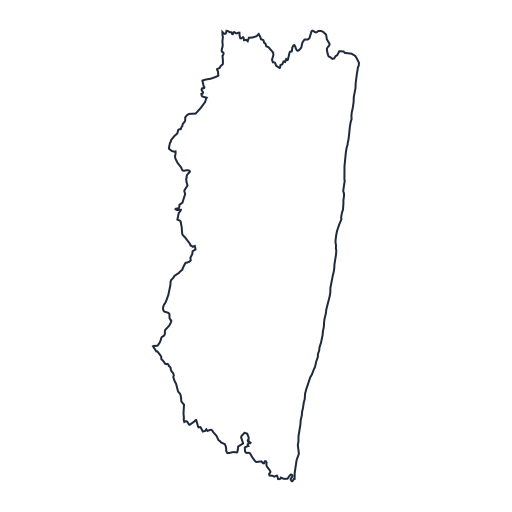 outline of Farafangana, Atsimo-Atsinanana, Madagascar
{"feature_id": "10022922B75046296685916", "entity_name": "Farafangana", "entity_type": "district", "adm_level": 2, "iso_a3": "MDG", "parent_name": "Madagascar", "parent_adm1": "Atsimo-Atsinanana", "projection": "equal_earth", "projection_center": [47.638, -22.832], "detail": "fine", "context": "isolated", "style": "outline", "palette": "slate", "viewbox_px": 512, "rotation_deg": 0, "n_neighbors": 0, "source": "geoboundaries", "source_scale": "gbopen_adm2", "svg_char_len": 5954}
<svg xmlns="http://www.w3.org/2000/svg" viewBox="0 0 512 512"><path d="M222.4,32.0L222.5,35.4L222.9,36.9L222.4,41.2L222.7,45.1L222.5,47.0L221.9,48.7L221.7,50.9L221.8,51.6L223.2,52.5L223.6,53.1L223.3,54.8L222.5,55.7L222.9,60.4L222.9,63.5L222.7,64.3L220.6,66.1L219.6,68.0L217.2,69.0L217.0,69.4L218.1,71.9L218.1,74.0L218.4,75.6L216.1,76.8L210.8,78.7L206.0,79.5L202.7,80.4L202.4,80.7L203.8,86.6L204.4,87.3L204.2,88.0L203.4,88.4L202.3,88.2L201.9,88.5L201.6,89.3L201.7,90.3L203.0,92.2L202.6,93.6L201.4,93.9L201.5,94.8L201.8,95.8L202.3,96.5L206.7,97.7L206.0,98.7L205.2,101.9L200.7,108.0L195.6,113.6L189.1,113.9L187.1,115.1L186.3,116.0L185.2,117.4L185.2,120.4L184.9,121.4L182.7,124.1L182.3,126.0L181.5,127.0L181.0,128.6L180.7,129.2L179.4,129.2L178.2,130.0L177.3,133.5L174.4,136.0L171.4,139.7L170.9,140.6L170.9,141.4L169.9,143.2L168.9,148.1L169.1,148.9L172.0,151.1L174.5,151.7L175.5,151.4L175.6,153.4L175.0,156.3L175.4,158.6L177.5,162.8L181.2,167.5L182.0,169.7L182.8,170.5L183.8,170.8L186.9,170.2L189.0,170.5L189.6,170.9L189.9,171.8L188.2,173.5L187.0,175.1L186.6,176.3L186.7,177.8L186.2,178.6L186.2,179.5L186.5,181.9L187.5,185.5L184.8,189.7L184.3,190.8L184.6,192.3L185.2,193.9L182.4,202.7L179.4,204.8L179.4,206.4L178.8,208.2L175.7,208.8L175.5,209.2L176.8,210.0L180.8,209.8L180.7,210.5L178.7,213.1L177.4,219.6L180.1,220.8L180.6,221.5L181.7,227.3L182.2,233.7L182.6,234.9L184.8,237.1L189.8,243.6L190.7,245.7L191.5,245.7L192.7,246.8L194.8,246.0L195.5,249.5L192.6,251.2L192.3,254.0L190.4,257.7L190.7,260.5L189.1,261.9L188.3,262.0L187.6,262.5L185.9,262.7L185.2,263.3L183.0,267.6L182.4,269.6L179.7,271.9L179.2,272.7L174.7,275.7L174.0,276.4L173.6,277.5L171.5,279.6L170.6,281.4L170.4,285.0L168.4,294.7L166.5,300.1L165.4,302.7L164.1,304.5L163.6,305.8L163.1,307.3L163.0,308.9L163.7,311.0L164.4,311.6L168.2,312.8L169.2,313.7L169.5,314.6L169.5,318.1L170.6,320.1L171.2,320.3L171.3,321.3L170.2,323.9L169.1,325.8L165.3,329.8L164.9,331.1L164.9,333.5L164.5,334.9L164.0,335.7L161.7,337.1L161.1,338.5L160.7,340.3L159.4,343.1L157.7,345.5L156.6,345.9L153.7,345.9L153.0,346.3L156.3,351.4L157.2,351.4L157.6,351.7L160.7,355.8L161.2,356.8L161.4,359.2L163.2,360.9L165.2,363.8L166.4,364.2L167.4,363.9L168.3,364.4L169.0,366.2L169.6,366.5L170.5,367.6L170.9,369.9L171.7,371.5L173.2,373.3L173.8,375.2L173.3,377.1L174.5,380.8L176.1,383.9L177.9,390.9L178.3,391.8L180.0,393.7L180.7,395.5L181.0,397.4L181.3,401.2L182.4,402.9L184.0,404.6L183.5,413.5L183.9,417.8L183.7,419.7L184.3,422.0L185.8,421.2L187.2,421.6L188.9,424.4L189.7,424.8L194.6,421.3L195.6,420.1L196.2,420.0L198.1,426.7L198.6,427.4L200.1,427.0L200.6,427.3L202.8,431.5L205.0,431.0L206.3,429.3L207.4,430.9L210.6,429.8L211.4,429.9L212.4,430.8L213.2,432.1L216.6,436.0L218.4,440.0L220.5,441.6L220.8,442.3L224.9,444.2L225.9,446.9L226.2,449.3L226.1,450.7L227.4,453.1L229.3,453.0L232.5,452.2L234.8,452.1L236.5,452.5L237.2,452.2L237.7,450.4L238.2,446.5L243.0,443.5L243.0,443.0L241.1,437.4L241.5,436.0L244.5,432.8L247.2,433.7L248.6,437.3L248.7,438.3L248.6,439.2L248.1,439.7L247.7,440.4L247.9,441.0L248.4,440.5L249.4,441.9L250.5,442.8L250.0,443.3L248.9,443.0L247.8,444.2L247.7,444.9L248.4,446.0L245.2,447.1L244.8,447.7L245.0,450.9L245.3,451.9L245.8,452.6L246.6,452.9L248.8,452.8L250.1,453.4L251.8,456.6L254.8,460.8L256.2,462.0L261.4,461.4L262.6,462.9L263.7,463.4L264.1,463.3L264.5,461.7L265.0,461.2L265.8,461.2L266.6,462.6L266.4,464.3L266.7,466.3L269.6,470.1L270.4,471.5L270.4,472.0L269.9,472.9L269.1,473.9L269.5,475.5L272.6,475.8L274.1,476.6L276.9,475.6L277.4,476.3L278.0,479.0L278.5,479.2L280.5,478.7L280.9,477.6L284.1,478.9L287.5,478.7L290.0,475.2L290.9,474.5L291.7,474.7L292.3,475.3L292.4,476.1L292.0,477.1L290.7,478.9L290.7,479.7L291.6,481.0L292.1,481.3L292.6,481.0L293.9,479.0L294.6,478.9L294.7,472.8L296.6,460.1L298.9,453.7L297.8,445.0L298.4,441.9L298.5,436.1L300.4,424.6L300.7,420.2L301.8,415.3L302.2,411.0L302.9,408.5L303.8,402.3L304.7,399.3L305.1,393.6L306.3,389.1L310.3,377.2L311.8,374.7L314.0,369.0L315.0,367.1L316.3,361.2L317.8,357.2L318.0,353.8L319.2,350.5L319.5,347.3L321.0,342.7L322.6,335.1L322.9,331.5L323.9,326.4L324.0,323.3L324.5,318.9L325.9,313.2L326.3,309.5L329.6,296.6L330.3,292.7L330.4,287.9L332.7,276.0L333.8,271.4L334.3,268.0L334.4,264.7L335.9,255.3L336.2,252.2L336.3,250.6L335.9,248.6L336.0,245.1L335.6,243.2L335.5,240.6L336.2,235.1L337.0,231.1L339.2,224.5L341.3,219.6L341.4,218.8L341.1,217.6L341.8,213.4L343.0,209.4L343.4,203.7L343.4,200.4L344.0,195.8L344.0,193.3L343.3,191.6L343.3,190.2L344.7,180.9L344.4,179.4L344.5,166.1L345.9,152.1L346.6,147.9L347.7,144.2L347.7,142.9L348.4,139.9L349.0,135.5L349.8,127.3L350.6,122.3L351.6,119.0L351.4,116.0L351.7,112.7L352.8,107.7L353.6,102.2L353.8,96.9L355.5,88.2L355.7,82.8L356.8,74.4L358.0,67.2L358.7,65.7L359.0,62.9L356.7,58.2L355.2,55.9L351.6,53.7L344.8,52.9L343.6,51.5L339.3,51.2L337.2,55.2L335.6,56.1L334.2,58.4L332.4,58.9L330.5,57.3L328.9,56.6L328.3,55.8L327.5,53.0L326.9,50.1L326.9,48.5L328.2,46.6L329.0,45.8L329.5,44.8L329.5,43.8L326.8,39.2L326.3,35.7L326.0,34.5L323.2,31.9L320.9,30.9L318.4,31.0L316.5,32.3L315.5,32.4L313.0,30.8L312.2,30.7L311.5,31.4L309.5,37.9L308.8,38.8L307.7,39.5L304.6,39.5L304.0,40.2L302.3,42.8L301.3,47.5L299.9,49.3L298.3,50.6L297.4,50.7L296.8,50.2L295.8,48.5L295.4,46.9L294.6,45.3L294.1,45.1L293.5,45.4L292.3,47.6L291.9,50.9L291.7,51.5L290.3,51.6L289.9,51.9L289.5,52.8L287.9,59.7L287.3,60.1L286.2,59.1L285.1,62.0L284.5,61.8L284.3,61.3L283.5,61.5L282.3,64.3L280.5,65.0L280.1,67.6L279.6,68.0L276.2,65.8L275.0,62.8L273.7,62.2L272.9,62.3L272.0,59.9L273.4,54.9L273.1,52.5L268.5,47.2L266.3,46.3L265.4,43.5L264.1,42.7L263.5,40.4L263.0,39.9L261.0,39.3L260.3,37.1L258.7,34.0L256.6,36.2L252.5,37.5L248.9,37.7L247.7,41.2L246.4,39.9L244.0,40.2L243.6,37.8L243.0,37.2L241.3,38.3L240.4,38.3L240.0,37.5L239.5,34.9L239.5,32.7L238.5,32.6L236.9,33.3L236.0,33.3L234.1,32.0L233.5,32.6L233.2,33.6L232.7,34.2L232.0,33.9L231.5,32.3L229.7,32.2L227.9,31.1L226.5,30.8L226.1,32.8L225.5,33.7L224.8,33.9L223.9,33.5L222.4,32.0Z" fill="none" stroke="#1e293b" stroke-width="2"/></svg>